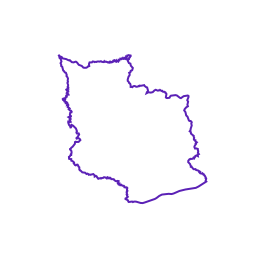 Wang Chao, Tak, Thailand, rotated 114°
{"feature_id": "78962969B10518066707852", "entity_name": "Wang Chao", "entity_type": "district", "adm_level": 2, "iso_a3": "THA", "parent_name": "Thailand", "parent_adm1": "Tak", "projection": "robinson", "projection_center": [99.133, 16.616], "detail": "fine", "context": "isolated", "style": "outline", "palette": "violet", "viewbox_px": 256, "rotation_deg": 114, "n_neighbors": 0, "source": "geoboundaries", "source_scale": "gbopen_adm2", "svg_char_len": 5847}
<svg xmlns="http://www.w3.org/2000/svg" viewBox="0 0 256 256"><g transform="rotate(114 128 128)"><path d="M193.7,93.4L192.8,92.6L192.0,90.7L191.3,85.7L190.5,83.9L189.3,82.5L181.9,74.6L180.4,73.5L177.3,71.8L175.0,69.9L171.6,64.1L170.6,61.3L169.3,59.7L164.6,55.4L160.8,50.5L155.1,41.7L152.8,39.8L145.1,34.7L144.7,35.6L142.5,35.9L142.1,36.3L142.1,36.9L141.5,37.0L140.7,37.9L140.6,38.4L140.3,38.5L139.9,39.3L140.0,39.9L139.4,40.2L139.5,40.8L139.1,41.5L139.6,41.7L140.0,43.5L139.5,44.7L138.7,44.3L138.4,45.2L138.6,45.8L138.3,46.7L138.7,48.7L138.1,49.6L138.9,51.1L138.7,52.0L137.7,53.8L137.9,54.7L137.2,54.8L137.2,55.3L135.7,56.6L134.7,59.1L133.4,59.6L131.5,59.1L131.3,58.6L130.7,58.3L130.6,57.7L129.9,56.6L129.2,56.3L129.1,55.2L128.3,55.2L127.9,55.6L127.7,55.2L127.1,54.9L126.0,55.1L125.3,54.2L125.3,52.7L123.9,53.6L123.0,52.7L122.1,54.1L120.6,54.4L119.7,55.3L118.8,55.6L118.8,57.1L119.5,58.4L118.3,59.7L117.0,59.8L115.0,59.4L114.7,59.9L113.1,59.3L112.9,60.8L112.5,61.3L111.8,61.4L111.9,62.9L111.3,63.4L110.1,63.5L109.1,64.6L108.5,64.7L107.5,68.2L106.2,68.9L105.9,70.3L104.3,70.0L103.6,70.4L99.8,70.8L98.2,72.0L96.8,72.1L96.1,73.6L96.5,74.3L96.4,75.4L93.4,78.3L92.9,79.9L90.1,82.0L89.1,83.8L87.7,83.9L85.4,83.2L83.8,82.1L82.6,83.2L79.5,83.8L78.5,85.2L75.2,85.3L74.2,85.7L74.0,86.6L76.3,90.1L79.2,91.8L79.3,92.9L78.4,96.5L78.6,97.9L81.0,101.9L81.9,102.3L83.5,102.4L84.7,104.3L84.9,105.2L84.6,105.9L81.3,106.7L81.0,107.1L80.7,108.1L80.3,108.2L80.1,109.5L80.6,110.6L80.6,111.2L80.1,111.8L80.5,112.4L80.2,114.2L80.7,114.3L80.9,115.1L81.4,115.4L81.8,116.2L81.8,118.2L82.9,119.1L85.2,120.0L86.4,121.6L87.0,123.8L88.7,125.2L87.5,125.3L86.7,124.8L85.6,125.0L83.2,127.0L83.3,128.1L82.7,130.3L82.3,130.7L84.2,133.4L84.5,134.5L85.1,134.6L85.2,135.3L86.1,135.8L86.6,136.6L87.0,137.3L86.9,138.9L87.6,140.1L88.9,140.6L88.9,141.0L89.4,142.3L88.0,142.9L86.6,144.1L86.4,145.4L85.5,146.2L85.1,147.4L83.8,148.0L80.7,148.4L79.3,148.0L78.0,148.4L77.1,149.4L76.0,148.5L74.6,148.8L74.0,148.0L73.4,147.7L71.2,148.0L69.9,150.8L68.2,152.0L68.3,153.6L66.2,156.1L64.8,155.1L63.8,155.5L62.8,155.0L61.7,155.1L61.1,154.8L60.7,155.1L61.3,157.3L62.0,157.6L62.1,158.0L62.8,157.8L63.3,158.8L63.8,158.4L64.4,158.8L64.8,157.6L65.9,158.2L65.6,159.5L66.3,159.5L66.6,159.9L66.1,160.9L66.7,160.9L66.7,161.6L67.2,161.5L67.8,161.9L67.8,163.2L68.6,163.1L69.4,164.3L70.1,163.6L70.6,164.2L71.3,164.0L71.3,165.2L72.3,165.6L72.3,166.0L71.6,166.3L72.1,166.5L72.3,167.0L71.5,167.4L71.5,168.0L72.5,168.9L73.6,168.6L74.3,169.2L74.3,169.8L74.9,170.1L74.7,170.7L75.2,170.7L75.2,171.2L75.6,171.5L75.4,171.8L76.0,171.9L75.9,172.5L76.3,172.9L76.1,173.4L76.4,174.6L76.3,175.2L76.6,175.4L77.0,176.2L76.7,176.8L77.6,176.9L77.9,177.6L78.2,179.1L78.0,179.9L78.9,180.8L79.0,181.5L79.9,183.3L80.5,183.7L81.0,185.1L81.4,185.4L81.3,186.3L81.6,187.3L82.8,187.7L83.7,189.8L85.4,189.7L87.2,188.6L88.1,189.7L88.8,189.8L89.8,190.5L90.5,191.7L91.0,193.3L90.1,195.5L90.3,198.7L89.0,201.0L88.6,202.3L88.7,202.8L90.2,204.4L90.7,206.2L90.1,207.7L90.2,208.2L89.7,208.8L90.3,209.8L90.2,212.6L91.0,216.1L90.1,217.5L90.3,219.2L89.4,221.3L90.6,219.8L91.8,219.1L92.3,217.6L94.4,215.8L96.2,216.0L97.2,214.8L98.5,214.3L98.8,213.0L101.8,210.6L102.1,209.5L102.9,208.4L102.8,207.2L104.5,205.5L105.5,205.4L106.3,203.9L107.3,202.9L109.5,202.3L110.2,201.6L111.5,201.7L113.0,200.2L113.8,199.9L115.0,199.9L115.3,199.7L115.3,199.0L116.0,198.9L116.5,198.5L117.1,199.4L118.0,200.0L118.6,199.3L118.2,198.2L118.5,197.6L119.1,197.3L120.1,198.0L121.0,198.2L121.4,196.2L121.7,195.9L122.4,197.1L123.3,197.6L123.6,197.6L123.6,197.1L124.3,196.6L125.4,197.4L127.4,197.0L127.6,197.5L126.7,197.6L126.6,198.0L127.6,199.2L128.1,199.4L128.8,198.7L128.4,197.6L128.5,197.0L129.3,197.2L129.6,197.0L129.4,195.4L130.1,195.6L130.8,195.0L130.7,194.7L129.7,194.0L129.7,193.7L130.1,193.3L131.9,193.0L131.1,192.1L131.3,191.8L133.5,191.5L133.6,189.8L133.9,189.2L135.0,189.7L135.5,188.3L135.4,187.0L136.0,186.1L136.7,186.0L137.5,187.0L139.3,186.6L139.8,186.3L140.1,185.2L140.7,184.8L141.2,185.2L141.8,186.4L142.3,186.8L142.9,184.2L143.4,184.0L143.8,184.7L144.4,184.7L145.7,182.9L146.3,183.6L146.2,184.6L146.4,185.2L147.4,184.8L149.2,183.1L149.9,181.6L150.9,180.8L150.7,180.4L150.0,180.3L149.3,180.4L148.6,181.1L148.1,181.0L148.2,179.1L149.6,175.4L151.7,173.3L152.9,173.4L153.4,173.0L153.8,172.2L153.2,171.5L153.0,170.8L153.8,170.0L157.1,170.5L158.1,171.0L158.5,170.8L158.6,170.5L157.7,169.7L157.4,169.0L157.8,167.3L158.4,166.6L160.8,167.5L161.7,169.3L161.7,170.1L162.4,170.7L164.1,170.1L167.7,171.0L169.1,171.8L170.3,171.9L170.8,172.4L171.2,172.2L171.8,170.6L173.0,169.7L174.4,169.3L174.9,169.5L175.2,169.1L175.8,168.9L176.1,169.5L177.6,169.6L178.4,170.2L180.1,169.3L180.0,168.5L179.5,167.2L180.9,166.5L180.8,165.2L181.4,163.3L181.9,162.9L182.4,163.1L183.4,161.4L183.4,160.5L182.3,159.8L182.0,159.2L182.5,158.3L183.3,157.7L183.7,156.5L185.7,155.6L186.2,154.9L186.0,154.6L186.3,153.7L187.1,151.7L186.3,149.1L186.9,147.2L186.2,146.6L186.2,145.7L186.7,144.8L186.0,144.0L186.1,143.4L184.2,141.0L184.8,139.3L185.9,138.7L184.8,137.8L185.0,136.8L185.7,136.1L185.9,135.2L186.3,135.0L186.5,134.5L185.5,133.5L185.2,132.4L184.7,132.3L184.7,131.6L184.1,131.2L183.5,130.2L182.7,129.9L182.4,128.5L182.7,126.9L181.5,126.9L181.2,126.6L181.7,125.9L181.8,124.8L180.7,124.3L180.7,123.8L181.5,122.5L180.6,120.3L180.7,119.8L181.1,119.5L181.5,117.8L181.3,116.9L180.6,116.1L180.3,115.0L181.5,114.6L182.5,115.0L182.7,114.8L182.4,114.4L183.1,113.8L182.4,113.1L183.3,112.7L183.0,112.0L183.4,111.7L183.1,111.1L182.6,110.9L183.0,109.6L182.5,108.3L182.8,107.6L183.6,107.2L183.3,105.8L182.9,105.5L182.8,104.7L183.1,104.2L184.8,103.9L185.5,103.1L186.0,103.3L186.4,102.9L187.2,103.2L188.0,102.4L189.1,102.3L189.4,101.4L190.1,101.5L190.8,100.9L191.0,100.2L191.8,100.4L193.4,101.6L193.9,101.4L194.1,98.6L195.1,97.8L195.3,97.2L193.5,94.3L193.7,93.4Z" fill="none" stroke="#5b21b6" stroke-width="2"/></g></svg>